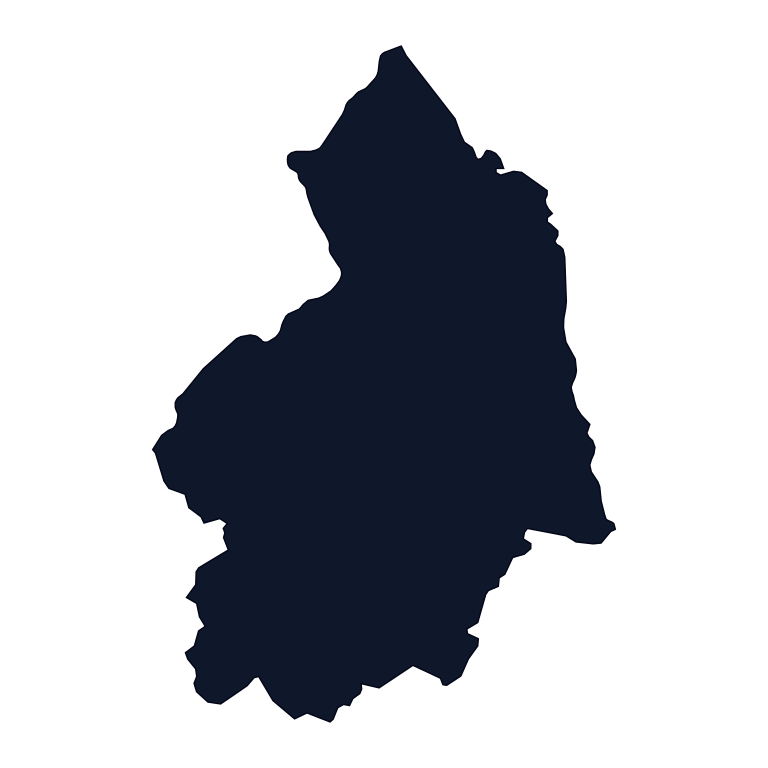 outline of Northumberland
{"feature_id": "GBR-2034", "entity_name": "Northumberland", "entity_type": "Unitary Single-Tier County", "adm_level": 1, "iso_a3": "GBR", "parent_name": "United Kingdom", "parent_adm1": "", "projection": "albers", "projection_center": [-2.071, 55.292], "detail": "fine", "context": "isolated", "style": "filled", "palette": "ink", "viewbox_px": 768, "rotation_deg": 0, "n_neighbors": 0, "source": "natural_earth", "source_scale": "10m", "svg_char_len": 3118}
<svg xmlns="http://www.w3.org/2000/svg" viewBox="0 0 768 768"><path d="M152.7,449.6L161.7,435.4L168.3,430.5L173.1,428.4L175.2,426.0L176.6,423.2L177.7,417.8L177.9,415.5L177.8,413.9L177.2,412.2L176.2,410.1L175.3,407.4L175.3,402.6L176.4,400.1L177.9,397.9L183.0,393.8L203.4,368.7L236.8,338.6L240.9,336.7L250.3,335.0L255.6,336.0L257.6,337.0L261.1,339.8L262.4,341.5L264.8,342.3L268.0,342.0L275.5,337.4L278.5,334.1L280.5,330.6L282.0,324.7L283.4,321.3L286.0,316.3L288.4,314.0L299.4,309.1L303.3,304.5L308.2,300.4L318.8,298.2L323.2,296.2L331.0,291.0L335.7,285.8L339.5,280.7L341.0,277.3L341.7,274.4L341.6,271.9L341.0,269.6L340.2,267.6L338.8,266.0L330.6,253.5L329.8,251.4L329.4,249.5L329.4,247.4L329.5,246.6L329.6,245.4L329.5,243.4L329.0,241.3L325.2,233.4L320.3,226.0L314.2,214.5L308.1,197.6L306.9,193.1L306.6,190.7L306.1,188.4L305.1,186.4L300.7,181.8L299.5,180.1L298.6,177.9L298.4,175.4L297.8,173.0L296.3,171.7L290.4,168.2L289.1,166.6L288.1,164.6L287.6,162.1L287.5,159.3L287.9,156.0L289.4,154.4L291.3,152.9L295.9,151.5L310.5,151.5L315.8,150.2L319.6,148.4L322.2,145.2L342.5,114.5L344.5,110.2L346.1,105.0L347.6,102.4L349.3,100.5L352.8,97.8L356.7,93.5L358.6,91.9L364.7,89.1L366.5,87.9L375.6,77.9L377.4,74.4L378.3,71.2L379.4,61.2L380.6,56.0L382.4,53.8L384.5,52.4L401.2,46.1L406.1,55.7L455.0,118.8L460.5,134.1L464.3,142.2L472.3,147.8L474.4,152.5L476.0,157.2L477.9,159.5L481.4,158.4L483.8,155.3L485.4,152.0L486.8,150.5L490.9,151.1L495.7,153.5L500.2,158.9L503.6,168.4L496.0,168.4L496.0,172.5L500.5,175.2L513.5,171.4L521.6,172.4L547.1,190.6L547.1,195.1L545.1,199.5L545.8,204.3L548.4,209.0L552.3,213.5L547.3,217.6L547.3,222.1L550.5,224.2L557.8,231.0L557.8,235.5L554.7,241.3L556.6,244.4L560.3,246.6L563.0,249.4L564.7,257.2L566.3,301.4L565.7,307.8L563.8,318.5L563.6,322.1L563.5,327.8L565.9,342.1L575.2,359.0L576.4,370.6L575.9,373.7L575.2,376.7L574.1,379.5L572.7,382.3L571.1,387.2L571.9,391.5L573.4,395.7L574.2,400.0L576.4,407.7L581.1,415.0L589.8,424.4L586.8,433.1L588.8,437.1L592.5,440.6L594.9,447.3L593.9,453.8L591.4,459.4L589.7,465.2L591.3,472.0L597.9,482.0L599.7,486.8L601.1,501.0L604.6,514.9L606.0,519.1L607.4,520.2L612.3,522.4L613.7,523.5L614.3,525.4L615.3,529.3L610.7,531.4L601.1,543.0L593.3,543.8L576.0,541.9L566.1,535.8L542.3,531.2L527.4,528.4L524.5,532.2L523.2,538.8L530.8,543.7L530.7,548.6L524.3,554.1L512.6,557.5L504.8,574.2L499.1,577.9L498.3,586.3L488.4,590.5L485.7,594.4L477.7,622.5L466.8,629.0L467.4,633.7L478.3,638.8L477.7,645.9L468.4,658.8L460.8,676.0L446.6,685.3L442.9,684.6L440.5,678.2L412.9,665.3L379.1,687.8L361.1,683.6L361.6,689.1L359.8,693.5L352.8,698.6L349.5,705.5L343.5,704.4L337.7,707.7L333.1,719.2L330.1,721.9L306.9,712.9L294.6,718.8L273.0,700.6L258.7,676.5L254.1,677.6L247.0,685.8L220.6,703.9L207.9,702.0L196.6,691.7L194.1,683.3L196.8,676.4L195.7,668.9L187.8,659.1L185.5,652.7L194.4,646.0L198.6,631.0L205.3,626.3L199.5,616.8L196.7,603.4L186.5,597.5L195.8,584.7L196.2,571.8L198.8,567.8L228.4,550.0L223.6,537.6L224.9,532.8L223.3,528.4L227.3,523.5L219.8,518.5L204.0,523.0L201.1,516.8L188.9,507.7L185.1,494.2L169.0,488.4L164.0,481.0L155.5,453.0L152.7,449.6Z" fill="#0f172a" stroke="#020617" stroke-width="1.5"/></svg>